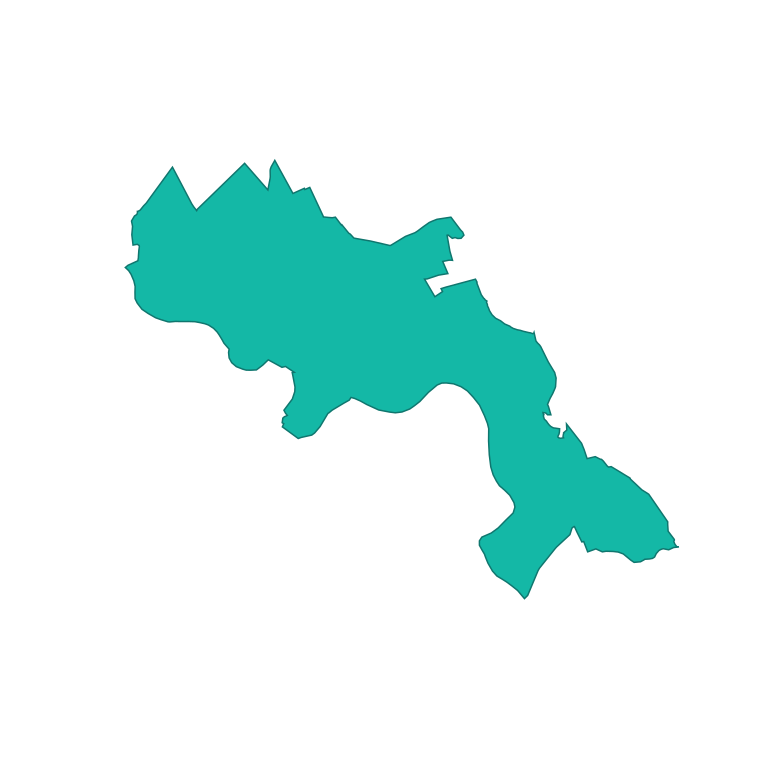 Turdas, Hunedoara, Romania, rotated 237°
{"feature_id": "2599482B55317516371384", "entity_name": "Turdas", "entity_type": "district", "adm_level": 2, "iso_a3": "ROU", "parent_name": "Romania", "parent_adm1": "Hunedoara", "projection": "robinson", "projection_center": [23.122, 45.851], "detail": "fine", "context": "isolated", "style": "filled", "palette": "teal", "viewbox_px": 768, "rotation_deg": 237, "n_neighbors": 0, "source": "geoboundaries", "source_scale": "gbopen_adm2", "svg_char_len": 4289}
<svg xmlns="http://www.w3.org/2000/svg" viewBox="0 0 768 768"><g transform="rotate(237 384 384)"><path d="M487.6,530.7L493.3,518.1L494.3,513.1L494.8,509.9L494.5,502.4L494.0,495.4L494.0,492.4L496.1,482.4L496.6,465.2L497.0,464.3L511.2,450.6L520.6,440.5L522.7,438.3L522.9,438.2L527.2,437.5L528.8,437.1L529.4,436.6L540.4,435.4L540.2,435.0L540.8,434.8L550.4,434.1L551.6,431.2L553.8,428.3L557.1,424.2L557.8,424.4L589.3,428.8L590.2,423.6L591.5,423.8L593.4,411.4L631.0,414.2L627.6,407.7L626.1,405.7L624.9,404.7L619.9,401.6L618.6,400.6L610.0,392.3L645.0,387.3L632.2,322.5L631.8,322.0L631.4,321.3L636.3,320.9L639.9,320.9L675.4,324.2L681.1,324.7L668.6,292.0L668.0,290.4L665.2,283.2L664.3,279.3L662.6,274.1L662.8,271.6L663.1,271.2L661.8,270.4L660.8,269.0L660.8,266.2L658.2,261.0L653.2,259.0L646.5,253.8L637.2,249.2L635.5,253.2L633.5,254.1L632.4,253.6L629.5,251.1L625.4,248.0L623.7,246.8L621.4,244.7L623.0,234.0L622.6,230.5L618.1,231.6L613.7,231.6L606.8,230.4L601.3,228.4L596.7,225.2L591.1,221.7L586.2,221.1L578.5,221.7L571.6,224.6L564.0,228.5L563.2,229.1L559.3,232.1L553.8,236.7L552.7,238.2L550.0,243.3L547.3,247.2L542.8,254.2L539.2,259.4L535.8,263.0L532.1,266.6L529.1,268.9L523.5,271.4L518.4,272.4L514.9,272.5L508.9,272.3L505.4,272.0L497.6,273.1L495.1,270.8L490.2,268.3L484.8,267.9L479.0,269.6L473.4,273.6L470.7,276.0L468.2,279.7L465.3,284.7L465.6,289.0L465.9,292.8L467.3,300.1L453.6,307.5L452.3,311.0L442.7,315.1L443.5,313.2L440.4,312.0L429.9,307.7L426.2,305.0L421.3,298.9L416.5,285.8L413.0,285.5L410.3,285.8L410.5,284.1L410.8,282.7L410.5,280.6L407.0,277.5L405.3,278.3L403.4,275.4L385.0,282.4L384.3,285.4L380.5,295.6L380.7,299.1L383.1,307.2L389.9,321.0L389.8,322.1L390.3,326.4L389.8,339.9L389.4,346.1L390.7,349.0L387.9,351.5L382.7,354.9L376.3,358.3L365.1,365.4L357.5,373.3L353.7,377.8L350.7,383.9L349.0,392.0L349.2,397.7L349.8,404.5L352.8,416.7L354.2,428.1L353.3,433.0L350.8,437.0L346.2,442.5L339.7,447.2L332.7,450.2L324.0,451.7L314.2,452.6L302.7,451.0L294.6,449.3L289.5,447.5L279.3,440.7L267.2,433.7L256.3,428.4L248.4,426.1L241.4,425.4L235.8,425.4L229.4,427.3L222.2,428.9L213.7,428.4L209.5,426.8L205.5,422.1L203.5,412.1L201.1,401.4L200.6,392.8L202.3,382.7L200.5,378.6L196.8,376.2L191.8,375.8L186.7,375.6L183.4,374.8L177.1,373.6L168.0,373.1L161.5,374.1L156.4,376.6L151.2,379.0L145.0,381.3L138.0,383.6L127.5,384.9L128.4,389.3L143.6,411.6L144.9,414.2L152.7,437.8L153.3,439.9L156.4,457.8L156.5,458.0L160.8,463.2L161.0,465.5L160.9,465.9L160.3,466.0L154.9,465.2L143.8,463.9L143.1,465.7L132.3,463.4L132.2,463.7L130.3,471.9L124.3,475.7L122.8,479.1L118.8,484.9L115.5,488.9L111.2,492.1L101.7,495.1L98.2,496.6L95.2,502.3L94.9,506.5L95.0,507.2L92.7,511.3L91.5,514.2L91.5,516.7L93.5,520.0L94.6,523.8L94.5,525.9L93.8,528.4L89.9,532.5L89.1,537.9L87.0,542.0L86.9,542.6L88.2,540.8L88.8,540.8L89.3,540.9L91.0,540.7L94.0,541.2L95.0,542.6L95.9,542.8L105.8,542.1L112.0,545.6L113.9,546.9L147.4,546.0L154.8,542.6L169.9,538.9L171.1,539.1L191.0,529.5L192.0,527.1L193.4,526.6L194.0,526.5L199.8,526.0L202.3,525.4L203.2,524.4L208.0,521.6L210.8,513.7L220.0,516.1L226.7,517.4L251.1,515.3L245.8,512.2L245.3,508.2L244.9,508.2L244.5,507.4L242.4,505.5L241.1,505.3L242.3,502.5L243.6,501.3L244.9,500.9L246.0,502.2L246.6,503.4L248.3,505.1L250.8,506.9L253.9,503.4L254.8,502.3L255.9,501.6L257.7,500.7L259.9,500.2L262.3,500.0L264.3,500.0L267.3,499.3L270.5,500.3L271.2,501.4L272.1,501.2L273.5,501.8L271.5,503.9L269.1,504.4L267.3,507.2L275.7,509.7L277.8,510.0L281.4,515.3L284.1,520.3L287.2,525.0L288.3,526.4L295.3,531.6L297.2,532.2L300.7,533.4L313.1,533.8L330.0,535.8L332.1,535.7L334.8,535.1L337.4,534.9L345.5,537.9L344.9,537.1L345.4,536.0L347.0,534.8L348.7,533.0L352.5,529.4L354.8,527.5L356.8,525.4L360.3,522.6L362.9,521.3L363.4,521.2L364.0,521.0L368.6,517.9L373.5,516.2L378.4,513.4L383.2,512.3L388.0,512.4L391.0,513.1L393.1,513.3L393.4,513.5L394.6,514.1L396.3,514.3L396.7,514.5L397.5,515.5L399.2,514.7L400.9,514.6L401.5,514.3L405.9,514.2L418.3,516.9L418.7,517.5L422.1,517.8L431.5,488.8L432.9,483.8L429.6,483.4L429.5,474.2L449.9,475.1L448.6,477.5L445.6,489.0L441.8,497.7L454.8,500.0L452.5,505.8L451.3,507.7L450.4,508.8L459.5,511.6L474.4,517.9L474.0,518.9L469.0,520.6L468.1,523.4L465.9,525.1L464.2,528.0L465.3,532.1L468.5,532.7L471.6,532.1L478.7,531.6L487.4,531.0L487.6,530.7Z" fill="#14b8a6" stroke="#0f766e" stroke-width="1.5"/></g></svg>